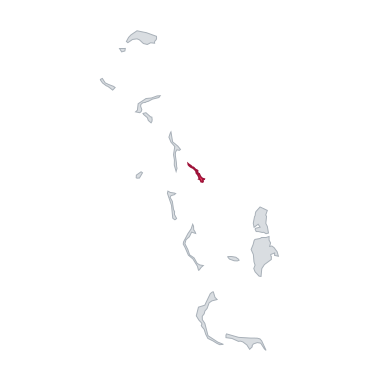 Exuma on a map of The Bahamas (Mercator projection), rotated 201°
{"feature_id": "BHS-5024", "entity_name": "Exuma", "entity_type": "District", "adm_level": 1, "iso_a3": "BHS", "parent_name": "The Bahamas", "parent_adm1": "", "projection": "mercator", "projection_center": [-75.857, 23.545], "detail": "fine", "context": "in_parent", "style": "filled", "palette": "rose", "viewbox_px": 384, "rotation_deg": 201, "n_neighbors": 0, "source": "natural_earth", "source_scale": "10m", "svg_char_len": 4045}
<svg xmlns="http://www.w3.org/2000/svg" viewBox="0 0 384 384"><g transform="rotate(201 192 192)"><path d="M116.2,159.5L116.1,164.9L116.6,168.9L116.2,170.3L111.8,173.0L110.7,174.5L106.6,176.0L104.1,178.1L102.8,174.7L100.4,172.6L100.0,169.0L98.1,170.2L95.5,169.5L91.1,166.7L88.3,163.0L92.2,162.4L93.0,164.7L96.1,161.9L95.4,160.4L94.8,160.2L93.8,157.4L98.4,150.2L99.4,145.5L97.3,137.9L99.3,137.5L104.5,140.1L106.9,142.7L106.9,146.3L109.1,149.0L112.3,155.6L116.2,159.5ZM119.7,179.8L119.8,180.8L115.8,183.6L118.7,185.6L121.4,181.3L123.6,184.8L124.8,191.4L124.6,192.5L124.8,193.5L125.2,194.8L125.3,196.6L123.1,202.4L115.1,201.8L114.9,196.9L113.7,196.0L111.8,189.1L109.3,186.8L105.9,181.1L107.9,179.6L110.6,180.1L111.9,179.4L115.7,178.9L117.9,178.1L119.7,179.8ZM306.6,313.6L305.3,316.8L301.1,322.8L291.5,324.4L281.0,324.6L280.2,323.0L280.0,321.5L280.8,319.3L280.7,318.4L280.2,317.5L284.1,316.5L286.6,313.7L290.6,313.2L295.5,315.2L298.2,315.3L302.2,313.1L305.4,308.4L307.2,309.0L306.6,313.6ZM137.1,106.0L136.3,106.4L132.8,101.9L130.0,100.6L134.4,97.5L136.3,94.7L136.2,88.7L137.3,85.5L137.0,82.6L137.9,79.7L136.6,76.5L132.9,73.9L125.6,63.6L114.1,61.1L108.1,61.0L111.4,59.4L114.4,59.6L119.1,60.5L124.7,61.0L128.1,64.0L131.4,68.1L134.3,69.7L135.5,70.7L135.4,71.9L135.9,73.0L139.7,74.9L143.6,77.9L144.7,86.8L139.5,90.9L138.5,103.7L137.1,106.0ZM86.0,68.9L90.9,70.3L93.5,70.1L95.1,69.2L102.3,69.6L108.1,68.2L109.0,70.6L108.9,71.9L96.4,73.0L85.0,76.6L78.8,78.9L75.9,79.2L73.6,78.0L66.1,70.7L68.1,71.4L73.7,75.5L77.1,74.8L80.3,72.1L80.8,70.0L80.3,69.0L81.8,65.8L86.0,68.9ZM160.4,124.7L167.1,129.8L172.7,131.7L178.9,138.0L181.5,140.2L182.0,142.3L180.9,151.6L179.6,157.2L179.8,162.1L178.3,160.6L176.9,157.4L174.5,155.6L173.7,154.6L178.0,154.4L178.4,149.3L180.5,145.3L180.1,141.2L175.1,136.6L171.7,132.5L166.4,131.2L161.6,127.2L158.6,126.7L155.1,127.4L156.4,125.0L157.3,121.8L157.9,121.3L160.4,124.7ZM233.4,239.5L233.2,240.6L228.1,231.9L221.6,229.7L218.0,227.6L218.7,226.4L221.3,225.9L221.7,223.1L220.6,220.1L217.2,214.0L215.3,209.9L214.5,208.9L214.2,205.5L218.2,210.8L219.9,215.6L222.6,220.2L224.4,228.3L229.5,231.0L233.2,234.9L233.4,239.5ZM259.0,269.2L256.2,270.5L256.8,268.3L262.2,264.5L265.2,261.1L266.9,259.9L267.5,259.0L269.9,257.7L271.1,255.5L270.8,253.8L268.3,250.8L268.3,248.8L269.2,247.3L273.4,246.6L272.3,248.8L273.9,255.1L268.4,262.8L263.6,265.2L259.0,269.2ZM214.5,182.0L214.8,184.2L212.1,183.8L208.1,184.7L206.7,184.7L207.6,183.1L210.3,181.1L210.5,179.1L207.0,176.2L203.0,169.1L201.2,167.4L200.3,164.7L196.9,161.8L197.6,160.3L198.3,159.9L200.6,160.7L205.7,170.9L206.1,171.9L214.5,182.0ZM306.1,259.8L308.6,260.5L309.9,260.4L314.5,261.7L317.3,263.5L317.9,264.3L316.4,265.9L312.2,262.8L308.5,262.5L303.3,262.5L301.2,262.0L302.6,258.7L306.1,259.8ZM265.0,247.0L265.9,247.8L263.4,249.5L257.6,247.3L256.3,247.5L255.1,245.2L254.7,243.5L255.0,241.9L258.4,243.1L260.3,245.4L265.0,247.0ZM132.2,145.9L127.7,146.8L124.4,145.9L123.6,145.1L125.0,143.9L128.0,142.9L133.0,142.8L135.1,144.0L135.4,144.5L132.2,145.9ZM200.2,215.1L198.5,215.3L195.4,214.2L188.4,208.8L185.1,208.4L186.2,205.3L188.7,206.4L194.4,211.0L196.5,213.3L200.2,215.1ZM250.0,187.8L246.8,192.6L245.1,192.2L246.1,186.2L248.3,185.2L249.2,185.3L250.0,187.8ZM311.1,300.0L305.7,302.1L305.2,299.6L307.9,297.6L311.1,300.0Z" fill="#d9dde1" stroke="#a8b0b8" stroke-width="1"/><path d="M194.8,211.2L195.4,212.6L196.9,213.6L200.3,215.0L199.7,215.6L198.8,215.3L197.0,214.3L194.9,214.2L194.2,213.8L194.5,212.9L193.8,212.3L193.0,211.6L192.3,211.2L191.7,211.6L190.3,210.1L188.8,209.0L187.1,208.4L185.1,208.6L185.1,208.3L186.3,208.0L186.5,207.9L186.4,207.5L186.1,207.1L186.2,206.8L185.8,206.5L185.4,206.0L185.3,205.5L185.7,205.0L186.2,205.1L186.5,205.0L186.8,204.8L187.0,204.7L187.3,204.8L187.5,205.1L187.9,205.6L188.3,206.1L188.8,206.3L189.5,206.5L190.3,206.5L190.2,206.7L190.1,206.8L190.0,207.0L189.8,207.1L192.4,209.9L194.3,211.0L194.8,211.2ZM200.6,214.7L201.9,214.8L203.7,215.3L205.2,216.1L205.8,217.1L204.4,216.6L202.7,216.3L201.2,215.7L200.6,214.7Z" fill="#f43f5e" stroke="#9f1239" stroke-width="1.5"/></g></svg>